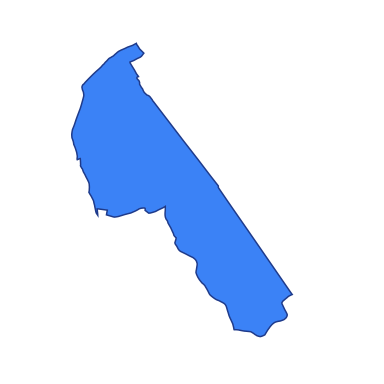 Poplaca, Sibiu, Romania (Equal Earth projection), rotated 309°
{"feature_id": "2599482B20961139122315", "entity_name": "Poplaca", "entity_type": "district", "adm_level": 2, "iso_a3": "ROU", "parent_name": "Romania", "parent_adm1": "Sibiu", "projection": "equal_earth", "projection_center": [23.942, 45.668], "detail": "fine", "context": "isolated", "style": "filled", "palette": "blue", "viewbox_px": 384, "rotation_deg": 309, "n_neighbors": 0, "source": "geoboundaries", "source_scale": "gbopen_adm2", "svg_char_len": 4160}
<svg xmlns="http://www.w3.org/2000/svg" viewBox="0 0 384 384"><g transform="rotate(309 192 192)"><path d="M114.6,133.4L115.5,132.6L119.2,128.9L119.7,129.5L124.6,137.6L120.4,139.9L123.1,146.4L123.6,147.4L124.6,148.4L126.4,150.0L129.3,152.0L132.0,153.8L134.6,155.7L137.1,157.6L138.8,158.5L141.5,159.9L143.1,160.6L144.9,161.3L145.8,161.6L146.7,162.2L147.4,162.7L148.2,163.5L149.0,164.3L149.6,165.1L149.8,165.8L149.2,166.5L148.5,166.9L148.2,167.1L148.3,170.7L148.3,171.6L149.3,172.7L151.2,174.1L153.9,175.9L156.8,177.1L159.3,178.3L161.5,179.4L164.0,180.3L160.9,182.8L158.7,184.3L157.1,185.6L155.7,187.1L154.6,189.0L154.1,191.0L152.7,193.1L150.8,198.0L148.9,201.8L148.0,203.7L147.0,205.1L146.6,206.4L146.4,208.5L145.3,209.2L142.4,210.4L141.7,210.7L141.0,211.8L140.2,214.5L139.0,217.2L138.6,218.9L138.6,220.4L139.1,222.5L139.9,225.9L140.8,230.4L141.7,234.1L141.7,236.2L141.5,237.6L141.0,239.0L140.1,240.4L139.4,241.3L137.9,242.3L135.6,243.6L134.6,244.2L133.4,244.8L132.5,245.4L131.9,245.8L131.5,246.4L130.8,247.5L129.5,250.1L129.0,251.5L128.5,252.9L127.6,257.0L127.6,259.2L127.3,261.0L126.8,262.2L126.1,264.2L125.2,266.4L123.8,269.4L123.4,270.7L123.3,272.3L123.3,274.3L123.4,276.6L123.7,278.7L124.1,280.0L124.6,281.5L124.9,283.2L125.3,285.1L125.6,287.1L125.5,288.5L125.0,290.0L124.1,291.5L122.9,293.2L121.8,294.8L120.9,296.2L119.3,298.5L118.2,300.5L117.0,303.0L116.0,305.0L115.2,306.6L114.3,307.8L113.1,309.4L111.5,311.3L111.9,312.0L112.6,312.7L114.0,314.8L115.2,317.2L116.8,320.1L117.9,321.7L118.6,322.8L119.4,324.0L120.1,325.1L120.5,326.0L120.7,327.6L120.9,329.2L120.9,330.5L121.1,331.9L121.2,333.0L121.9,334.7L122.5,336.0L123.8,337.0L125.7,338.0L126.6,338.4L126.9,338.5L127.5,338.4L130.2,338.0L132.5,337.7L134.3,337.6L134.9,337.6L135.7,337.5L136.6,337.5L138.1,337.5L139.6,337.6L141.6,338.0L143.0,338.5L144.0,339.1L145.4,340.1L147.2,341.7L148.6,342.6L149.8,343.3L150.5,343.7L151.6,344.0L153.6,344.3L155.1,344.0L156.4,343.4L157.0,342.6L157.9,340.7L159.0,338.0L160.7,334.5L161.8,332.2L162.5,331.5L163.5,331.4L164.6,331.3L166.0,331.6L168.2,332.0L169.6,332.3L171.0,332.5L172.3,332.9L174.3,333.8L175.4,334.4L176.1,331.8L192.9,274.7L199.8,251.1L207.2,225.7L212.0,209.7L213.3,208.6L216.2,196.0L216.9,193.1L220.9,176.7L226.5,152.7L238.0,105.1L238.1,104.3L238.7,102.9L239.6,99.2L239.6,97.8L239.3,96.7L239.0,95.9L239.2,93.5L239.3,92.3L240.0,90.5L241.0,88.7L241.5,86.7L242.8,83.4L244.1,82.4L244.9,81.2L245.2,80.4L245.3,79.0L245.5,78.1L245.9,77.4L246.7,77.1L247.4,77.2L247.7,77.6L248.0,77.8L248.3,77.0L248.9,74.5L250.5,70.7L252.1,66.1L252.6,64.7L253.3,62.8L253.9,62.0L257.6,64.0L261.3,65.5L264.1,66.9L265.7,67.3L269.6,67.2L270.2,61.3L270.6,60.2L271.2,58.5L271.6,57.2L271.8,56.2L272.5,55.2L270.7,54.4L269.7,54.0L268.5,53.5L266.7,52.4L264.1,50.8L261.3,49.5L259.0,48.3L257.5,47.5L256.3,47.0L255.2,46.5L254.5,46.3L253.2,46.0L252.2,45.9L251.3,45.7L250.1,45.5L248.3,45.3L247.6,45.0L246.3,44.5L245.6,44.3L244.5,43.8L243.6,43.5L243.2,43.4L242.8,43.4L241.4,43.3L240.6,43.3L239.7,43.2L239.1,43.1L238.3,43.0L237.8,43.0L236.9,43.0L236.4,43.0L236.1,43.0L235.8,43.0L235.4,42.9L235.0,42.8L234.2,42.7L232.2,42.7L229.2,42.3L225.2,41.6L221.5,41.1L218.7,40.8L214.9,40.4L210.1,40.0L208.4,40.0L207.4,39.9L206.9,39.7L205.8,39.8L205.3,40.0L204.3,40.4L203.5,41.3L202.5,42.5L201.6,44.2L200.9,45.2L200.0,46.1L199.3,46.9L198.2,47.6L195.6,48.8L190.3,51.1L186.6,52.6L181.1,54.4L177.8,55.5L174.9,56.5L173.4,57.1L170.5,58.2L169.0,58.7L167.1,59.3L165.4,59.8L163.3,60.9L161.1,62.3L160.5,62.8L158.6,64.6L157.6,66.3L156.5,68.0L155.6,69.1L154.7,70.0L152.8,73.5L151.1,76.1L150.3,77.3L149.3,78.5L148.9,78.9L147.8,80.2L146.4,81.2L145.2,82.0L144.9,82.5L146.6,83.4L147.5,83.9L147.7,84.1L147.0,84.8L146.1,85.6L144.8,86.8L144.1,87.4L143.3,88.1L142.6,88.6L142.2,88.8L141.9,89.4L141.5,90.4L141.1,91.4L141.0,92.2L139.8,94.1L139.3,94.9L138.2,97.7L137.0,100.2L135.8,103.0L135.0,104.7L134.4,105.9L133.5,107.1L131.2,109.2L130.1,110.0L128.5,111.2L127.8,111.6L127.2,111.9L126.7,112.3L126.7,112.6L126.2,113.7L126.0,114.3L125.3,116.3L124.2,118.8L123.5,120.4L122.9,121.4L121.7,122.8L120.4,124.6L119.5,125.6L117.3,128.3L116.3,129.5L115.4,130.8L115.1,131.8L114.6,133.4Z" fill="#3b82f6" stroke="#1e3a8a" stroke-width="1.5"/></g></svg>